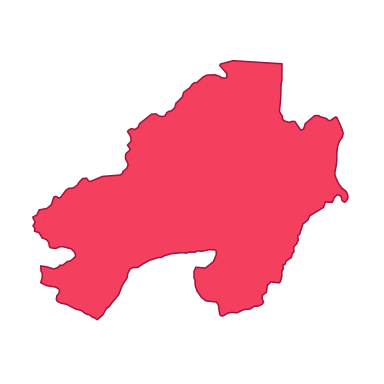 Comapa, Jutiapa, Guatemala, rotated 276°
{"feature_id": "79465075B15373267205562", "entity_name": "Comapa", "entity_type": "district", "adm_level": 2, "iso_a3": "GTM", "parent_name": "Guatemala", "parent_adm1": "Jutiapa", "projection": "albers", "projection_center": [-89.917, 14.12], "detail": "fine", "context": "isolated", "style": "filled", "palette": "rose", "viewbox_px": 384, "rotation_deg": 276, "n_neighbors": 0, "source": "geoboundaries", "source_scale": "gbopen_adm2", "svg_char_len": 3461}
<svg xmlns="http://www.w3.org/2000/svg" viewBox="0 0 384 384"><g transform="rotate(276 192 192)"><path d="M205.1,121.2L203.2,121.0L201.4,118.7L198.1,101.2L191.8,89.8L192.2,87.9L194.7,85.7L194.0,81.8L190.0,78.7L187.1,77.4L183.8,73.8L182.6,68.7L180.7,66.5L172.6,61.7L172.1,59.9L173.0,58.4L173.3,57.2L173.2,56.3L172.5,55.1L164.5,53.4L160.4,49.3L158.3,41.9L153.1,40.1L151.1,37.4L150.7,36.5L149.6,36.5L145.6,39.2L141.8,37.4L139.4,39.4L136.5,39.5L135.5,44.2L130.6,47.8L129.6,52.0L128.4,53.5L126.0,55.1L123.2,55.7L121.8,57.0L121.5,62.3L123.8,66.4L124.1,69.8L122.8,77.9L119.5,81.8L116.4,82.9L114.7,82.1L110.8,78.4L109.8,75.2L105.5,70.9L105.5,68.5L103.0,66.4L101.0,62.8L102.5,54.7L102.6,49.3L97.6,50.1L95.2,51.7L90.8,51.9L86.0,51.0L83.7,57.0L83.2,66.2L81.6,69.6L80.4,70.4L77.5,70.3L74.5,68.4L71.1,68.2L69.2,69.5L67.7,73.5L67.2,79.0L63.4,88.6L62.6,94.3L60.6,97.6L59.4,100.2L59.0,103.0L56.9,106.3L56.9,107.7L55.1,111.1L60.4,116.1L67.1,119.0L69.4,121.6L73.7,124.1L81.9,129.7L92.4,132.6L99.4,136.3L104.5,136.7L108.4,138.3L109.5,139.1L110.2,140.4L110.7,141.8L111.3,145.9L115.4,150.8L119.6,156.9L123.2,165.0L123.9,168.6L126.1,171.9L128.6,178.4L130.5,187.9L130.7,193.2L131.8,194.7L132.5,201.5L134.0,203.4L134.1,208.2L136.3,214.5L136.9,220.3L136.1,222.1L132.3,222.7L124.9,220.5L117.8,213.3L117.6,203.7L113.1,202.3L106.9,202.9L104.9,204.1L99.2,205.0L94.0,207.4L88.3,212.3L85.2,217.1L85.1,224.8L85.1,227.7L82.6,230.0L74.0,232.1L72.8,232.6L71.8,233.9L72.0,235.8L75.3,240.4L76.4,244.1L76.5,249.3L80.4,255.7L81.8,262.3L85.0,266.0L85.0,268.4L86.0,270.9L87.9,273.6L90.0,274.7L93.3,272.9L96.2,272.7L97.4,273.6L100.0,276.5L107.1,276.7L107.8,277.4L110.8,279.8L110.7,288.0L112.1,289.3L117.8,290.2L122.6,289.6L124.6,290.7L128.9,290.1L129.6,291.9L133.3,292.9L137.3,297.7L141.1,298.1L143.0,299.6L148.2,298.9L151.2,301.4L155.3,302.7L159.5,301.8L161.3,303.5L171.7,305.6L176.5,310.4L180.6,311.5L190.4,324.4L196.0,325.7L196.4,332.6L201.0,334.0L204.1,336.2L204.4,338.1L203.4,340.6L199.1,342.2L197.8,344.6L198.3,345.6L199.5,346.6L201.8,347.5L203.0,347.5L204.2,347.5L205.2,347.1L206.7,346.4L208.4,345.3L209.4,344.2L210.5,342.3L211.6,340.7L212.9,339.4L214.5,337.9L216.9,336.1L219.8,334.4L221.8,333.4L223.5,332.6L224.7,332.2L226.1,332.1L227.3,332.1L228.7,332.3L230.6,332.4L232.8,332.6L236.5,332.8L239.4,332.6L242.9,332.2L246.1,332.0L249.1,332.0L252.0,332.0L254.2,332.4L256.1,332.8L258.0,333.6L258.8,333.9L259.8,334.3L260.7,334.9L261.5,335.4L262.5,335.8L264.1,336.1L265.6,336.2L266.8,336.0L269.6,334.9L275.1,331.9L279.9,329.0L281.1,328.4L281.7,327.2L280.7,325.7L279.8,324.7L278.8,323.7L277.8,322.5L277.4,321.2L277.6,320.1L278.3,318.8L279.1,318.2L280.3,311.5L281.3,309.9L280.8,306.1L271.9,297.5L266.3,296.4L264.9,293.7L265.6,293.1L272.9,286.9L272.7,284.0L271.4,281.6L272.5,275.9L274.2,274.3L276.6,274.1L281.2,270.5L293.5,270.5L307.9,269.4L312.7,269.7L328.9,268.1L326.9,219.1L322.4,207.2L320.9,206.3L313.4,214.2L310.1,214.7L308.8,213.8L308.7,209.7L309.8,207.8L311.0,202.6L309.8,194.5L307.7,191.2L302.7,186.6L301.3,185.3L300.9,182.9L299.3,181.1L295.4,178.9L290.2,173.2L285.5,172.5L278.5,166.7L274.2,166.1L272.6,165.0L270.2,162.6L270.0,160.7L268.2,158.5L264.9,157.2L263.9,154.6L264.3,150.7L265.9,148.4L265.2,143.7L254.4,132.6L250.7,131.7L248.2,128.7L248.7,124.9L246.5,122.1L245.3,121.6L241.2,124.9L237.1,126.1L235.6,125.8L231.9,122.9L228.6,125.7L227.2,125.9L223.3,122.3L221.4,122.0L218.1,122.4L213.6,125.3L211.7,125.5L208.7,124.6L205.1,121.2Z" fill="#f43f5e" stroke="#9f1239" stroke-width="1.5"/></g></svg>